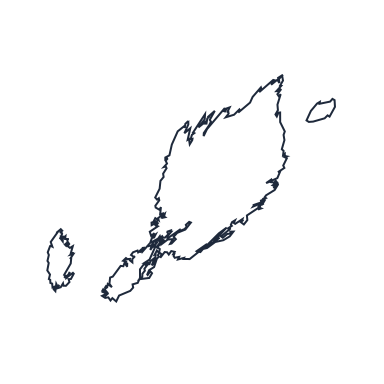 Vega nor, Nordland, Norway (Robinson projection), rotated 142°
{"feature_id": "86288312B81726238902221", "entity_name": "Vega nor", "entity_type": "district", "adm_level": 2, "iso_a3": "NOR", "parent_name": "Norway", "parent_adm1": "Nordland", "projection": "robinson", "projection_center": [11.939, 65.651], "detail": "fine", "context": "isolated", "style": "outline", "palette": "slate", "viewbox_px": 384, "rotation_deg": 142, "n_neighbors": 0, "source": "geoboundaries", "source_scale": "gbopen_adm2", "svg_char_len": 6110}
<svg xmlns="http://www.w3.org/2000/svg" viewBox="0 0 384 384"><g transform="rotate(142 192 192)"><path d="M189.6,133.8L183.7,135.3L186.2,137.2L187.2,135.6L190.1,137.2L195.9,137.0L196.5,139.1L184.7,139.5L184.1,140.7L186.9,141.3L181.5,140.8L181.6,142.2L179.0,143.6L175.6,143.2L178.1,141.9L177.6,140.3L168.9,139.6L170.0,138.9L168.7,138.3L172.1,138.3L171.1,134.5L165.7,135.8L163.2,139.7L150.1,138.7L150.0,137.3L147.6,136.5L148.4,137.9L147.0,139.0L149.6,139.3L147.4,139.7L147.4,141.4L152.8,142.9L151.4,143.3L152.2,144.1L143.3,141.0L146.5,140.0L145.1,140.2L144.8,139.0L142.6,138.7L143.5,139.2L140.7,140.3L143.4,142.0L142.6,143.5L142.8,142.0L141.0,142.6L141.1,141.5L138.9,141.6L140.1,142.8L137.5,141.8L137.8,143.2L135.6,143.8L125.6,142.7L119.7,144.9L119.2,146.1L120.5,146.3L125.4,144.6L123.3,145.9L124.3,147.6L119.1,147.2L119.1,149.5L122.4,147.6L121.5,149.1L122.9,149.2L122.0,149.4L123.6,151.0L122.8,151.7L128.1,153.4L121.8,153.0L122.2,151.9L116.2,150.4L109.7,154.0L112.1,154.7L104.4,154.1L103.8,156.7L96.5,160.2L97.6,162.5L95.5,161.8L96.7,163.2L95.3,163.4L96.6,163.7L95.4,165.0L97.4,165.1L94.5,168.0L94.9,170.4L87.2,176.0L84.7,180.6L81.6,182.6L79.5,192.8L73.6,200.4L75.0,201.3L78.7,199.3L78.5,201.7L73.9,203.6L70.9,208.2L61.9,214.5L64.7,214.1L64.5,216.5L58.3,218.2L62.2,218.6L63.4,219.5L56.3,220.7L57.1,221.6L51.7,223.8L49.6,227.7L50.4,228.0L48.2,228.4L54.7,229.0L52.2,227.8L54.0,227.4L56.0,224.1L55.7,227.9L63.6,227.8L58.2,229.3L59.0,230.3L77.5,229.3L73.9,230.4L73.3,232.0L85.7,229.6L91.2,226.7L106.6,226.1L103.9,227.2L103.8,227.9L111.3,227.0L119.4,230.1L114.9,231.2L113.9,233.0L115.4,233.0L110.2,235.5L113.2,236.5L117.1,234.8L116.3,235.8L117.1,236.3L114.0,236.7L115.2,237.8L141.5,232.3L148.4,228.9L146.4,231.2L137.0,234.2L133.8,235.8L133.6,237.9L124.1,241.9L133.7,241.3L131.2,240.9L134.7,240.5L138.5,237.0L139.5,237.8L137.0,239.1L147.1,238.9L137.2,241.5L133.8,245.3L154.6,238.2L154.0,237.0L156.9,237.1L160.6,234.4L158.9,233.6L159.9,232.7L164.4,231.0L161.8,235.6L163.3,235.8L154.1,243.3L161.8,243.0L153.3,247.5L151.9,249.3L153.4,249.3L151.3,250.2L155.3,249.8L158.2,247.0L157.6,248.7L165.9,248.6L178.7,241.8L187.2,234.8L191.8,235.6L192.5,234.7L190.7,234.9L191.1,233.3L193.5,232.8L194.2,229.8L198.7,229.0L197.0,228.3L197.4,226.4L203.5,224.2L205.1,221.3L210.0,220.2L215.5,214.5L224.4,210.3L224.2,207.5L222.0,207.5L222.9,205.6L229.4,203.7L230.2,202.1L228.6,198.1L225.8,199.2L230.8,194.1L228.1,193.0L230.3,191.2L227.0,191.5L229.1,189.9L228.7,188.7L231.3,189.9L231.0,192.2L234.8,192.3L235.7,190.2L237.0,194.0L239.6,192.8L238.2,190.9L241.0,190.7L240.2,191.9L242.7,192.8L244.2,190.7L237.2,189.4L242.0,188.5L240.1,187.9L240.9,187.7L240.0,186.0L249.7,186.7L251.2,182.6L246.9,182.7L251.3,181.3L246.7,181.0L249.8,179.5L252.0,180.4L256.3,177.6L248.2,176.3L251.5,174.9L251.4,176.4L255.4,176.8L253.1,176.1L255.1,175.4L254.9,173.5L249.4,174.0L253.5,173.0L254.5,171.8L253.7,170.5L247.6,171.9L248.3,174.6L246.4,173.1L247.7,172.6L244.6,172.3L244.3,174.3L248.3,175.9L244.5,177.0L245.1,175.4L242.7,175.5L242.9,173.8L241.5,172.7L236.3,173.3L236.3,175.4L235.7,175.9L232.5,174.8L233.3,174.3L232.5,173.5L238.4,172.3L240.0,170.5L224.7,169.8L224.9,168.6L220.8,167.4L217.7,167.8L217.1,169.9L212.6,170.2L211.7,168.6L220.4,166.5L228.8,168.9L234.1,168.0L233.8,164.8L239.9,164.0L241.2,164.6L236.1,166.6L240.4,169.5L247.0,169.6L243.2,171.7L254.6,169.5L253.2,169.4L252.5,166.9L255.1,164.6L254.3,161.8L257.5,159.7L250.5,161.5L248.7,159.8L248.8,157.0L244.7,158.2L242.5,155.5L244.9,154.6L244.1,154.1L245.9,152.9L246.1,150.8L242.1,148.8L244.6,147.5L238.8,145.0L239.9,144.4L235.1,140.6L224.0,140.7L224.8,142.5L212.1,141.8L213.4,141.6L212.6,140.9L196.2,142.9L186.6,142.6L202.2,140.2L198.5,138.8L223.6,140.9L222.4,139.5L218.4,140.3L214.6,138.6L204.5,138.3L196.9,134.7L189.6,133.8ZM301.5,152.1L297.2,152.9L295.7,155.8L290.7,153.8L285.7,156.5L280.6,163.1L273.7,164.9L273.6,163.5L270.0,163.2L272.9,165.4L267.1,164.9L255.1,171.2L256.6,173.2L260.5,172.0L256.5,175.0L259.3,176.0L258.6,177.2L266.6,175.7L264.3,177.7L265.3,178.3L268.5,175.9L270.4,177.1L268.2,176.5L267.8,177.9L271.6,177.6L271.0,179.4L275.6,180.8L278.8,179.9L277.8,176.7L276.5,176.5L280.4,175.9L282.3,173.3L283.1,176.6L282.1,177.5L285.5,179.8L283.9,180.7L288.6,180.2L286.7,177.9L288.0,177.5L287.1,175.5L288.7,173.6L289.8,173.8L289.0,173.9L288.9,177.6L291.8,175.8L293.7,177.7L306.5,174.1L309.2,175.0L313.6,170.5L313.7,166.3L315.0,171.4L317.1,169.5L317.6,170.8L319.1,170.3L318.8,169.2L321.0,169.1L321.7,167.2L321.9,170.0L323.6,169.3L322.3,167.2L320.8,167.3L320.7,165.6L323.0,166.7L321.9,164.9L322.8,164.9L320.1,163.8L324.0,163.5L324.1,164.9L326.8,165.5L325.6,162.0L322.8,160.5L323.0,156.7L320.1,157.4L319.1,152.4L313.2,155.3L301.5,152.1ZM349.1,195.7L344.0,196.5L342.9,199.3L341.0,198.0L335.5,200.4L335.6,201.6L340.5,201.7L337.6,204.3L343.1,201.6L344.0,201.6L342.8,203.0L345.4,203.0L343.3,204.0L343.8,205.4L331.6,210.3L328.0,214.1L329.3,214.3L323.8,216.1L326.5,217.4L323.9,217.7L324.9,218.6L319.3,222.7L322.6,223.1L323.3,225.9L320.8,226.6L320.7,228.0L324.3,227.0L324.5,228.9L321.0,229.0L319.4,231.6L318.0,230.7L320.9,233.1L318.9,235.1L322.4,234.9L324.3,232.6L324.2,235.6L320.7,235.9L322.6,237.5L322.9,236.4L325.1,236.3L320.1,239.0L319.6,240.6L321.2,241.3L318.1,241.4L318.3,243.5L324.0,243.3L323.1,242.9L334.1,239.6L335.7,234.9L336.5,236.5L335.6,236.5L337.0,236.8L342.8,233.3L343.6,230.5L348.3,226.7L348.6,224.3L354.3,219.3L354.7,214.4L358.4,211.5L357.8,210.1L359.6,207.5L358.6,205.9L360.7,202.6L358.5,202.0L360.9,200.5L360.7,198.0L355.5,203.2L356.1,200.4L353.9,200.5L357.3,199.0L354.1,197.8L349.9,199.4L351.0,197.3L349.1,195.7ZM37.2,166.7L26.9,171.1L23.1,176.6L24.0,178.9L27.5,178.2L37.2,183.0L35.8,184.3L39.0,184.7L48.4,182.7L57.7,177.9L56.8,175.3L53.2,172.9L42.1,168.4L38.0,168.9L37.2,166.7ZM286.9,155.5L278.6,150.6L273.5,152.6L273.7,155.2L278.0,153.9L278.0,154.6L273.9,156.8L268.1,156.2L261.9,160.3L263.7,160.8L258.0,161.4L257.8,163.2L255.6,164.0L255.7,167.5L259.8,165.7L258.9,165.5L262.0,162.0L266.6,159.1L268.8,159.0L262.1,163.1L267.6,163.0L269.9,161.3L272.7,163.1L272.6,161.9L276.8,160.8L277.6,159.0L281.4,158.1L283.4,155.8L286.9,155.5Z" fill="none" stroke="#1e293b" stroke-width="2"/></g></svg>